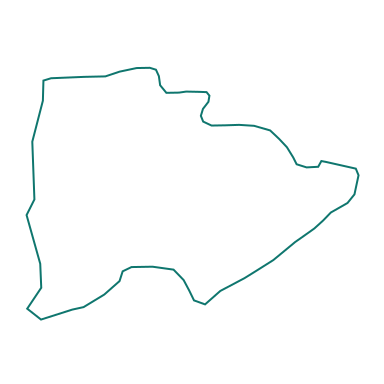 outline of Lipkovo, rotated 269°
{"feature_id": "MKD-2920", "entity_name": "Lipkovo", "entity_type": "Statistical Region", "adm_level": 1, "iso_a3": "MKD", "parent_name": "North Macedonia", "parent_adm1": "", "projection": "albers", "projection_center": [21.587, 42.142], "detail": "fine", "context": "isolated", "style": "outline", "palette": "teal", "viewbox_px": 384, "rotation_deg": 269, "n_neighbors": 0, "source": "natural_earth", "source_scale": "10m", "svg_char_len": 956}
<svg xmlns="http://www.w3.org/2000/svg" viewBox="0 0 384 384"><g transform="rotate(269 192 192)"><path d="M78.2,25.2L98.9,39.6L122.9,39.0L171.8,26.2L174.5,27.6L187.3,34.3L245.1,33.2L285.9,44.5L306.0,45.4L308.2,53.1L309.0,86.2L309.1,107.4L313.6,121.7L316.9,138.8L316.9,152.0L314.9,158.1L308.4,160.9L299.3,162.0L291.6,168.1L291.6,180.7L292.5,187.9L292.0,201.1L291.6,208.3L288.0,211.1L281.9,210.0L274.9,204.4L268.0,202.2L262.2,204.4L258.1,212.7L258.1,226.5L258.3,240.3L257.1,255.2L252.2,271.2L243.6,280.0L235.1,287.7L224.8,293.8L217.9,297.1L214.6,307.0L215.0,318.6L220.7,321.9L219.6,327.0L212.5,356.2L205.8,358.8L186.8,354.4L178.3,347.3L169.1,330.5L161.2,322.6L153.4,313.7L147.3,304.8L140.2,294.3L122.5,272.1L112.3,255.3L104.9,242.9L92.6,218.6L79.4,203.1L83.6,192.1L93.3,187.6L104.1,182.1L114.7,172.2L118.0,151.2L118.0,130.2L113.9,121.3L104.2,118.0L91.0,102.5L78.8,81.6L76.5,70.2L67.1,38.8L78.2,25.2Z" fill="none" stroke="#0f766e" stroke-width="2"/></g></svg>